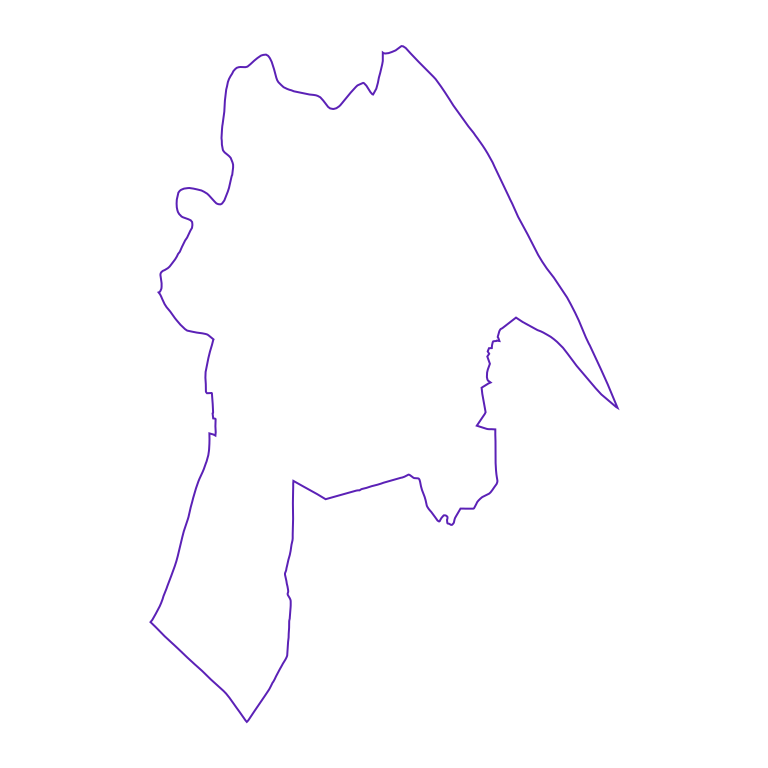 Vung Liem, Vĩnh Long, Vietnam
{"feature_id": "81297802B24233120148790", "entity_name": "Vung Liem", "entity_type": "district", "adm_level": 2, "iso_a3": "VNM", "parent_name": "Vietnam", "parent_adm1": "Vĩnh Long", "projection": "equal_earth", "projection_center": [106.149, 10.058], "detail": "fine", "context": "isolated", "style": "outline", "palette": "violet", "viewbox_px": 768, "rotation_deg": 0, "n_neighbors": 0, "source": "geoboundaries", "source_scale": "gbopen_adm2", "svg_char_len": 6054}
<svg xmlns="http://www.w3.org/2000/svg" viewBox="0 0 768 768"><path d="M617.5,407.8L607.7,384.3L600.9,369.2L589.7,345.2L588.9,343.8L585.9,337.5L578.8,320.5L575.1,312.7L570.9,304.5L567.1,297.5L553.9,277.7L546.8,268.5L542.3,261.8L538.2,255.0L527.8,234.7L518.1,216.8L512.2,203.6L510.0,199.2L509.1,197.2L494.4,166.4L492.7,162.6L487.7,153.6L485.2,149.5L482.5,145.4L477.7,138.6L475.4,135.5L473.7,133.0L468.4,126.4L453.3,105.4L449.4,99.2L444.8,92.1L441.0,86.5L435.7,79.2L433.4,76.7L418.5,61.7L410.5,53.3L405.7,48.0L403.1,46.3L401.4,46.1L395.6,50.4L391.8,52.0L388.6,53.1L385.3,53.5L383.6,53.2L382.8,52.6L382.8,61.0L382.2,64.4L380.2,72.9L378.9,77.6L377.9,82.8L376.3,88.7L373.1,94.5L372.4,94.3L370.5,92.2L366.4,85.7L364.3,83.5L363.7,83.0L363.1,82.9L359.7,84.4L357.5,85.4L355.9,86.9L350.7,92.6L340.5,105.0L339.2,106.3L336.4,108.2L334.3,108.8L333.1,109.0L330.1,108.4L328.1,106.9L323.2,100.5L320.3,97.3L317.7,95.9L315.9,95.3L313.4,94.9L309.5,94.5L293.9,91.3L291.4,90.3L289.5,89.8L287.1,88.9L283.6,87.2L281.3,85.1L278.4,82.2L277.2,80.2L276.3,77.7L274.1,69.4L271.7,61.9L270.0,58.4L269.2,57.2L268.1,55.8L266.0,54.6L263.3,54.9L261.2,55.5L260.4,56.0L257.5,58.0L254.3,60.6L250.3,64.3L247.5,66.6L245.7,67.1L243.5,67.1L240.4,67.0L238.7,67.2L236.8,67.8L235.4,68.9L233.4,71.1L232.1,73.7L230.5,76.2L229.0,79.0L227.9,82.0L227.0,86.4L226.2,89.6L224.9,100.7L224.3,111.7L222.6,124.2L222.3,125.9L222.0,129.4L221.5,138.1L221.8,140.8L221.9,144.6L222.8,149.6L223.1,150.5L224.6,152.4L227.8,155.0L229.3,156.3L230.7,157.9L232.5,162.4L233.1,164.7L233.1,167.5L232.2,175.0L231.9,175.4L231.5,176.8L229.0,187.9L227.8,191.6L224.3,200.5L222.1,203.5L220.7,204.3L219.6,204.3L218.5,204.2L217.3,203.8L216.3,203.3L214.6,201.6L208.9,195.3L207.2,193.7L204.1,191.8L201.5,190.5L197.5,189.5L193.4,188.6L189.3,188.0L187.8,188.1L184.1,188.6L182.3,189.3L180.8,190.0L179.7,190.9L178.4,192.6L176.8,199.6L176.6,203.6L176.8,207.4L177.4,210.3L178.0,212.1L179.2,214.1L180.6,215.5L181.5,216.5L183.0,217.3L188.3,219.2L190.7,220.3L192.1,222.0L192.3,223.5L192.4,225.0L192.0,227.9L190.4,230.6L187.1,237.6L185.1,240.5L182.0,246.8L179.8,251.8L178.1,253.9L176.8,256.6L175.1,259.4L171.0,264.8L169.6,266.6L167.8,268.2L164.8,270.0L162.6,271.0L161.8,271.8L161.3,272.2L160.9,272.9L160.6,273.5L160.5,274.2L160.4,274.9L161.6,283.2L161.6,286.8L161.4,288.6L160.5,290.7L160.1,291.4L159.6,292.0L158.6,292.4L160.1,294.4L161.2,296.6L162.4,299.4L164.6,304.1L166.6,307.2L170.2,311.5L174.9,318.1L176.5,320.1L180.4,324.7L185.0,329.1L187.2,330.6L192.3,331.7L196.9,332.6L202.2,333.3L205.7,334.0L207.5,334.6L209.0,335.7L213.5,339.4L213.2,340.1L212.0,344.8L210.0,351.5L208.4,358.0L206.5,367.5L205.8,371.0L205.6,371.9L205.4,377.6L205.8,384.2L205.9,390.7L205.9,391.4L206.0,391.9L206.4,392.5L207.0,393.2L207.7,393.2L211.6,393.0L211.9,393.3L212.7,404.0L213.0,410.2L213.1,412.4L213.0,413.0L212.9,413.2L212.6,413.4L213.2,418.4L214.9,418.6L215.5,419.0L215.6,419.5L215.4,426.3L215.7,432.2L215.4,435.6L213.4,434.5L209.4,433.4L209.5,439.3L209.4,443.9L209.1,449.3L208.9,451.2L208.3,455.2L206.5,461.7L206.1,462.6L203.9,468.9L202.7,471.8L199.5,478.7L198.4,481.4L196.0,488.3L193.2,497.9L192.2,501.8L190.7,507.3L188.5,517.0L187.8,519.3L183.8,531.3L182.4,536.7L177.7,556.3L176.4,561.1L174.8,566.1L171.2,576.0L167.4,586.0L166.5,588.6L163.5,596.1L162.6,599.1L161.1,603.1L159.7,606.3L155.7,613.9L152.3,619.9L150.5,622.1L155.7,627.1L164.6,636.2L177.9,648.5L187.3,657.5L194.6,664.2L202.0,670.8L210.9,679.5L223.5,690.9L226.2,693.7L229.4,697.7L236.5,707.7L239.7,712.1L245.5,720.4L246.8,721.9L247.8,720.9L248.6,719.9L254.4,711.2L264.7,696.1L268.7,690.1L269.5,688.8L271.0,685.9L272.6,682.6L273.2,681.9L274.7,679.2L276.0,676.4L279.7,669.4L282.0,665.3L282.9,663.6L285.2,659.9L285.7,659.0L286.5,657.4L286.9,656.4L287.2,655.4L288.1,641.7L288.6,637.6L288.7,633.8L289.1,627.9L289.2,621.1L289.5,619.5L289.7,618.8L290.6,607.1L290.7,605.2L290.7,601.6L290.6,600.4L290.3,599.4L289.7,598.1L287.9,595.1L287.6,594.0L287.7,593.4L288.1,592.2L288.2,591.6L288.1,590.0L287.5,586.5L286.8,583.6L286.4,581.0L285.0,574.7L285.0,573.9L285.0,573.3L286.0,570.7L286.2,570.0L286.5,568.1L287.2,565.2L288.4,559.8L289.8,554.9L290.6,550.9L291.5,544.7L292.5,540.3L292.7,538.3L292.7,534.4L293.1,518.7L292.9,503.1L293.1,491.2L293.2,487.3L293.2,483.8L293.4,480.9L303.2,486.4L317.3,494.2L325.6,499.2L356.3,490.6L358.2,490.3L359.6,490.3L360.8,489.5L361.9,489.0L366.4,487.9L371.6,486.2L377.5,484.7L381.1,483.6L383.6,482.7L400.8,477.8L402.3,477.5L404.5,476.7L407.8,475.0L408.3,474.7L409.0,474.7L409.9,475.1L413.5,477.8L414.3,478.1L417.3,478.3L418.2,478.4L418.8,478.7L419.2,479.2L419.6,480.0L420.1,481.8L421.0,486.4L422.0,490.0L424.6,496.8L425.6,500.2L426.8,505.7L427.5,507.1L428.6,508.8L429.8,510.3L431.3,512.0L435.0,517.0L436.8,519.5L437.4,520.4L438.2,521.0L438.9,521.4L439.3,521.4L439.8,521.0L440.3,519.9L441.5,517.9L443.4,515.7L443.9,515.3L444.8,515.3L445.8,515.5L446.7,516.1L447.3,516.7L447.5,517.2L447.4,518.8L447.0,519.8L447.3,522.9L447.6,523.4L448.1,523.6L448.9,523.7L449.5,524.0L451.1,524.9L451.8,524.9L452.2,524.7L452.7,524.2L453.6,523.1L453.9,522.5L454.5,519.7L455.0,518.1L456.0,516.3L460.5,508.6L473.0,508.7L473.4,508.6L473.7,508.5L474.1,508.1L474.5,507.4L476.2,504.2L477.2,502.1L478.5,500.5L480.3,498.7L482.2,497.1L489.2,493.6L490.6,492.3L492.3,490.1L494.5,486.9L496.6,484.0L497.2,482.4L497.4,481.3L497.4,480.6L497.2,479.3L496.8,477.0L496.4,474.2L496.0,470.1L495.6,463.0L495.5,441.4L495.3,434.7L495.3,429.4L491.7,429.2L489.3,429.2L487.9,429.1L486.5,428.8L476.8,425.7L484.8,413.9L485.6,412.2L482.3,393.9L481.6,387.7L488.4,383.5L490.6,382.5L487.9,380.5L487.4,379.4L486.9,377.1L487.1,372.5L487.8,369.6L488.7,367.1L489.9,363.8L487.3,356.5L489.2,353.8L487.7,351.4L489.0,348.2L491.8,348.1L492.0,345.4L492.7,342.3L493.2,341.4L493.9,341.2L496.3,341.0L496.8,340.6L499.4,341.0L498.4,338.1L497.7,337.0L499.3,331.3L499.9,330.1L500.6,329.1L502.3,328.2L516.0,317.6L522.7,322.0L537.5,330.1L540.7,331.3L543.2,332.5L547.1,334.7L550.7,336.8L553.9,339.2L557.1,341.9L559.9,344.7L563.0,347.8L567.5,353.6L576.6,365.8L595.7,388.3L601.3,394.4L615.9,406.8L617.5,407.8Z" fill="none" stroke="#5b21b6" stroke-width="2"/></svg>